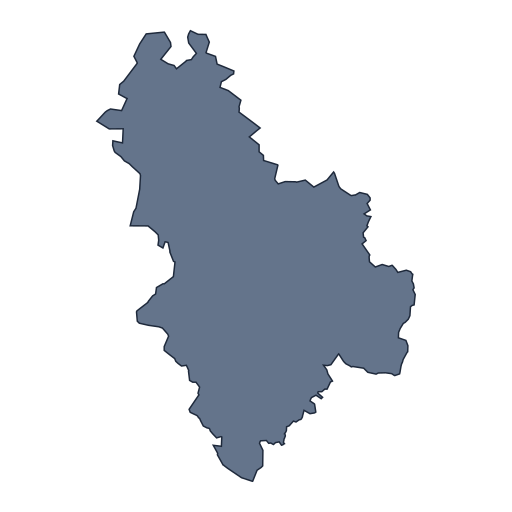 Zangon Kataf, Kaduna, Nigeria
{"feature_id": "59680162B76884691739548", "entity_name": "Zangon Kataf", "entity_type": "district", "adm_level": 2, "iso_a3": "NGA", "parent_name": "Nigeria", "parent_adm1": "Kaduna", "projection": "mercator", "projection_center": [8.252, 9.897], "detail": "fine", "context": "isolated", "style": "filled", "palette": "slate", "viewbox_px": 512, "rotation_deg": 0, "n_neighbors": 0, "source": "geoboundaries", "source_scale": "gbopen_adm2", "svg_char_len": 4333}
<svg xmlns="http://www.w3.org/2000/svg" viewBox="0 0 512 512"><path d="M300.7,419.5L301.4,418.9L302.4,417.0L302.7,415.2L302.9,414.8L302.9,414.7L304.0,410.3L310.0,413.7L314.6,412.9L315.8,412.1L314.6,404.2L314.4,403.9L310.0,400.9L310.9,398.5L311.6,397.5L316.0,395.2L321.2,398.7L322.6,397.3L317.7,393.0L318.2,391.7L321.8,391.7L324.8,389.1L327.1,389.1L330.5,381.9L332.2,381.3L332.5,381.1L327.9,373.9L326.8,369.9L326.7,369.7L323.5,365.2L327.4,365.6L330.9,364.7L338.6,353.9L339.2,354.4L339.4,354.9L339.7,355.4L343.3,361.0L344.2,362.1L345.9,363.8L349.6,365.7L351.3,366.9L352.9,366.5L363.7,368.2L364.8,369.3L367.8,372.3L376.1,374.1L378.3,373.0L385.5,372.8L391.3,373.6L392.3,374.0L393.6,375.0L394.3,375.3L394.8,375.6L395.5,375.3L399.6,373.9L399.9,372.7L401.0,366.2L401.8,363.2L402.2,362.9L402.8,360.9L403.1,359.6L407.1,352.3L407.7,351.8L407.9,345.7L405.9,340.4L398.4,337.8L398.6,332.4L400.2,328.5L403.3,323.4L405.1,322.4L408.3,319.2L409.9,315.7L410.5,306.7L412.2,305.4L414.1,304.9L415.2,294.5L415.1,294.3L412.9,289.7L414.1,287.9L413.4,283.9L411.8,280.9L411.9,280.7L412.5,275.9L412.8,274.3L411.9,273.7L410.6,271.7L406.3,270.2L404.8,270.6L397.8,272.4L395.9,269.4L392.3,265.4L392.0,265.3L388.8,266.5L382.2,264.5L375.3,267.0L369.5,261.8L369.2,258.6L369.1,256.9L369.2,256.3L369.3,255.8L369.8,255.0L362.1,243.9L366.1,240.6L364.7,237.7L363.6,237.2L363.1,232.8L368.0,226.8L366.9,225.8L368.4,221.8L370.9,216.6L366.8,215.9L364.1,213.9L370.4,209.9L367.1,203.5L370.1,200.2L370.1,197.9L367.6,194.7L367.4,194.4L366.7,194.2L359.7,192.5L355.2,195.1L354.8,195.0L351.4,195.6L350.6,195.3L340.8,188.9L339.1,186.7L338.7,185.8L334.5,173.3L333.6,172.0L327.0,180.0L319.2,184.2L313.8,187.1L305.3,180.1L296.4,182.2L295.9,181.8L285.2,181.6L278.2,183.9L275.2,180.3L274.7,178.7L277.9,165.2L277.6,164.8L263.6,160.5L263.4,155.4L259.1,151.8L259.1,144.8L249.3,136.9L256.6,130.8L260.1,128.0L256.6,125.3L252.4,122.1L239.0,112.1L239.2,110.2L239.3,108.1L239.0,106.8L240.9,100.2L228.3,90.6L220.0,87.4L221.4,81.7L225.9,79.4L229.2,76.6L230.9,75.2L233.6,73.9L233.7,72.7L233.9,71.0L223.6,66.7L217.1,64.1L215.5,56.4L206.6,53.2L206.0,52.7L209.3,42.1L207.3,37.7L205.9,34.4L204.1,34.4L198.0,34.3L190.4,30.7L188.6,34.0L187.7,37.1L188.7,43.0L196.4,53.4L193.3,56.7L191.4,59.6L186.4,60.5L186.1,61.1L176.5,68.8L174.1,65.5L168.1,63.8L160.8,59.3L171.0,46.5L170.5,42.5L164.5,32.3L164.3,32.1L146.2,33.9L139.7,43.9L133.9,56.3L137.1,62.5L137.2,63.3L123.7,81.2L119.7,84.5L118.6,94.0L126.3,98.2L127.1,98.5L121.6,110.6L110.5,109.0L107.3,110.6L105.3,112.1L96.8,121.2L109.2,128.9L123.2,128.8L122.7,139.3L122.5,142.9L117.3,141.8L112.9,140.8L112.6,145.5L114.2,150.9L115.2,152.5L120.9,156.6L124.4,160.9L129.3,163.7L132.3,166.7L140.0,173.7L140.5,175.6L139.7,189.2L136.0,208.2L133.7,211.8L130.2,225.8L148.0,225.9L155.1,231.8L158.2,234.9L158.7,240.3L158.0,245.1L162.9,248.0L165.1,241.8L165.9,241.9L168.1,242.5L170.0,251.3L169.8,251.9L173.5,261.3L175.0,262.0L173.4,276.6L164.3,283.8L162.9,283.8L156.5,287.5L155.6,294.0L152.6,295.9L148.1,301.6L148.0,302.3L137.0,310.8L136.5,311.9L137.3,321.2L139.3,323.2L148.5,325.3L158.9,326.8L162.2,328.0L162.4,328.0L167.8,334.2L168.6,336.2L164.2,346.6L164.2,350.4L169.6,354.7L174.7,358.6L175.8,361.3L177.5,362.9L177.9,363.3L181.5,366.0L186.4,365.3L188.7,370.4L188.5,371.2L189.6,380.4L192.7,382.2L196.0,382.2L199.6,387.1L198.0,393.2L198.9,394.9L194.8,400.9L189.1,409.3L190.2,412.3L193.3,413.8L195.9,415.0L196.9,415.5L197.7,416.2L198.5,417.7L199.6,418.4L200.6,420.7L203.3,426.0L207.0,427.9L209.0,428.3L209.8,429.2L210.2,430.8L212.7,433.8L216.6,437.9L221.0,436.6L221.8,437.0L221.4,446.3L213.3,445.3L217.7,453.3L217.4,454.8L223.1,465.0L223.6,465.1L224.2,465.7L227.5,468.2L232.5,471.6L241.5,477.7L252.4,481.3L252.7,481.2L256.8,470.9L257.1,470.2L261.1,467.5L262.7,465.9L262.9,450.3L259.5,443.3L260.1,441.5L260.6,440.8L266.4,440.5L268.7,443.3L270.7,443.0L273.4,444.5L273.5,444.5L275.5,442.6L279.2,441.9L281.5,445.2L282.8,444.8L283.6,444.1L284.5,443.7L284.4,443.5L284.3,443.4L284.0,443.2L283.6,442.9L283.5,442.6L283.6,441.3L283.8,440.6L283.9,440.2L283.9,439.8L284.0,439.2L284.3,438.6L284.4,438.4L284.8,437.4L284.8,437.2L285.0,436.8L285.1,436.5L285.3,436.1L285.3,435.5L284.9,433.8L284.8,433.5L284.7,433.5L285.9,431.8L286.4,430.5L286.6,426.7L287.9,426.3L289.5,425.6L289.8,425.1L293.4,421.1L296.0,422.0L299.2,419.8L300.7,419.5Z" fill="#64748b" stroke="#1e293b" stroke-width="1.5"/></svg>